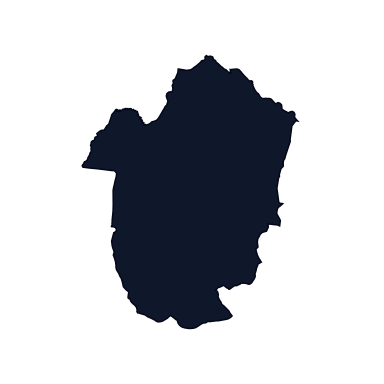 outline of Nsawam Adoagyiri, Eastern, Ghana, rotated 311°
{"feature_id": "2480657B74727980909537", "entity_name": "Nsawam Adoagyiri", "entity_type": "district", "adm_level": 2, "iso_a3": "GHA", "parent_name": "Ghana", "parent_adm1": "Eastern", "projection": "mercator", "projection_center": [-0.35, 5.828], "detail": "fine", "context": "isolated", "style": "filled", "palette": "ink", "viewbox_px": 384, "rotation_deg": 311, "n_neighbors": 0, "source": "geoboundaries", "source_scale": "gbopen_adm2", "svg_char_len": 6000}
<svg xmlns="http://www.w3.org/2000/svg" viewBox="0 0 384 384"><g transform="rotate(311 192 192)"><path d="M193.7,277.9L197.2,274.0L199.5,272.6L200.3,272.2L202.9,271.8L203.6,271.6L204.4,271.2L207.6,271.5L211.3,273.9L215.5,272.6L216.8,271.3L217.6,270.3L218.9,271.9L221.2,275.3L223.3,278.2L223.9,280.4L228.4,277.4L229.2,275.6L230.8,271.2L231.1,270.6L231.7,269.7L232.5,269.2L234.8,267.8L235.6,267.5L236.5,267.3L237.6,267.3L238.7,267.6L240.6,267.9L242.7,268.1L242.4,267.5L241.5,266.3L241.2,265.7L241.1,264.8L241.3,264.1L250.5,253.6L259.2,248.2L261.3,247.7L261.6,247.4L261.9,246.7L268.0,243.8L271.3,244.0L274.3,241.3L276.1,240.3L278.0,240.1L280.8,238.7L294.5,233.0L296.1,231.5L307.4,224.0L313.6,223.6L314.2,224.1L314.9,225.2L315.1,223.1L315.7,220.2L317.4,219.2L318.3,218.4L318.9,217.0L318.8,215.2L318.4,214.7L317.5,213.9L316.7,213.4L315.9,213.1L314.9,212.9L314.4,210.3L313.7,207.7L313.7,205.2L315.1,204.0L316.5,202.4L316.7,200.1L315.9,198.3L313.5,197.4L313.4,195.8L314.0,191.4L313.9,190.2L313.2,188.9L311.2,186.6L311.0,186.1L310.3,185.5L309.5,184.8L308.9,184.0L308.5,183.0L308.5,182.1L308.5,181.2L308.7,180.5L309.7,177.7L309.5,176.1L309.8,174.2L310.4,172.2L312.3,168.0L313.2,167.4L313.3,166.5L313.8,165.9L314.4,165.9L315.0,165.1L315.0,164.3L314.9,163.8L314.3,163.3L313.5,163.1L313.4,161.4L313.8,158.7L314.0,155.3L314.3,153.3L314.4,151.9L314.8,150.8L314.8,150.3L314.7,149.6L315.0,148.7L315.1,147.2L314.7,146.1L314.2,145.1L310.6,141.6L309.8,141.2L309.5,140.5L307.1,143.3L306.6,143.2L306.6,141.3L306.3,141.0L306.5,137.3L305.9,136.0L306.0,133.0L305.8,131.8L306.0,127.2L305.9,124.8L306.5,123.8L306.5,122.7L306.1,121.9L306.2,121.2L307.4,119.2L307.3,118.3L306.8,117.4L306.5,116.6L304.9,115.5L304.5,114.6L304.3,113.3L302.5,113.2L301.2,114.5L300.1,115.0L299.1,114.6L298.1,113.6L297.3,113.2L295.4,113.3L290.5,112.6L286.9,111.7L285.9,111.6L283.6,111.0L282.6,110.2L280.2,108.1L278.5,105.2L275.8,100.9L272.7,103.1L270.8,103.7L269.9,103.9L269.2,104.2L266.8,105.0L266.2,105.1L263.9,104.5L263.1,105.0L262.4,106.1L261.9,106.6L260.6,106.9L259.3,107.3L257.8,109.5L256.4,110.5L255.0,111.0L254.1,111.2L253.6,110.2L252.2,108.9L249.9,108.5L247.6,109.6L246.3,111.5L244.9,114.2L241.3,115.8L240.8,115.9L238.8,115.7L237.3,116.2L234.8,116.6L227.1,118.1L225.0,118.3L223.6,118.3L222.7,118.1L220.9,117.3L218.6,115.7L216.1,115.4L215.2,115.1L212.3,113.6L212.5,113.1L212.4,112.5L211.7,112.3L211.3,111.9L211.2,111.4L211.3,111.2L211.5,111.2L211.9,110.9L212.0,110.4L212.6,110.3L212.6,109.9L212.2,109.6L211.6,109.7L211.5,109.4L211.6,109.0L213.0,108.0L212.8,107.6L212.8,107.2L213.4,107.1L213.5,106.7L213.3,106.5L213.1,106.5L212.9,106.2L213.1,105.9L213.1,105.0L213.4,104.6L213.9,104.7L214.3,105.0L214.6,105.1L214.7,104.1L214.1,103.7L214.4,101.9L214.1,101.3L214.2,100.7L214.4,100.6L215.3,100.7L215.5,100.3L215.2,99.6L215.5,99.4L216.1,99.1L216.8,97.9L215.9,97.0L215.6,96.5L215.6,96.1L215.9,96.3L216.4,96.3L216.4,96.0L215.9,95.3L215.7,94.6L215.8,93.6L215.2,93.5L214.6,92.6L214.6,91.9L214.9,91.5L214.5,90.7L213.0,89.6L213.0,89.1L212.7,88.9L212.1,89.3L211.8,89.3L211.7,89.0L212.1,88.1L211.5,88.0L211.2,88.1L210.9,88.0L210.9,87.7L211.4,87.3L211.3,86.9L210.9,86.7L209.8,86.6L209.4,85.6L209.1,85.5L208.5,85.6L207.3,85.2L207.0,84.8L206.8,84.2L206.4,83.7L206.2,83.8L205.6,84.7L205.2,84.4L205.1,82.9L204.3,82.9L203.8,82.6L203.7,82.2L203.8,81.9L205.2,81.7L205.0,81.1L204.4,80.6L203.8,81.0L203.5,80.5L202.1,80.7L197.7,80.8L195.4,81.9L188.6,84.7L186.0,84.3L181.1,85.1L178.9,83.1L177.2,82.5L173.7,81.9L172.5,83.8L171.8,84.0L171.1,83.8L170.5,83.3L169.7,83.0L168.4,83.5L167.7,84.4L167.3,84.5L166.0,83.7L165.0,83.3L163.9,83.2L163.2,83.4L161.9,84.5L160.8,84.7L160.6,85.0L159.8,86.6L159.4,86.9L158.8,87.1L158.3,87.5L157.6,88.3L156.4,89.3L155.8,89.5L155.1,89.4L154.5,89.5L153.1,90.3L149.6,91.0L149.1,91.3L148.2,91.7L147.3,91.9L145.7,91.8L145.2,91.6L144.6,91.2L143.7,91.1L142.4,91.7L140.3,91.7L139.8,92.0L139.6,92.2L139.2,93.4L142.7,98.7L147.6,105.5L155.6,117.4L157.2,119.4L156.8,122.8L153.8,124.8L150.8,126.3L150.5,126.4L145.6,129.1L144.5,129.6L141.6,131.3L130.5,141.1L125.6,145.1L117.6,150.8L117.5,151.2L117.0,151.6L116.4,151.8L115.7,152.3L115.3,152.9L114.8,153.3L113.4,153.6L113.1,153.9L113.1,154.1L113.3,154.5L114.0,155.1L114.3,155.7L114.6,156.4L114.9,157.6L114.7,158.3L114.3,159.4L113.6,160.0L112.9,160.2L112.3,160.3L111.3,160.2L110.3,159.9L110.0,159.7L102.3,163.5L99.2,166.9L97.8,168.9L95.9,172.4L94.3,173.4L92.9,173.9L92.8,174.0L91.3,176.8L89.1,180.2L86.4,183.2L85.6,183.7L84.1,185.6L83.7,186.4L82.5,190.2L81.1,193.0L80.4,195.4L77.7,199.5L75.5,202.4L75.0,206.3L75.1,209.8L71.0,212.5L70.4,213.0L70.1,213.5L70.1,214.3L70.4,214.8L70.6,215.2L69.9,216.7L69.6,217.1L69.0,219.0L69.2,220.0L68.9,221.0L69.1,222.5L68.6,225.7L67.9,226.6L67.4,227.5L66.8,228.2L65.6,228.9L65.1,230.4L65.9,231.1L66.1,232.0L68.5,237.3L68.8,240.5L69.9,243.8L70.9,247.8L71.1,249.7L71.6,251.4L73.0,252.9L73.8,253.5L75.4,254.5L80.6,256.2L84.4,256.5L84.8,257.7L85.0,258.6L85.2,263.6L85.3,264.2L85.7,264.8L85.1,265.7L84.6,266.3L84.1,267.2L83.7,268.2L83.3,270.4L83.4,272.1L83.5,272.7L84.5,275.3L86.9,279.1L88.0,280.4L90.1,282.4L91.9,283.6L93.9,284.3L98.8,285.7L99.8,286.1L100.7,286.7L102.7,288.4L104.8,288.7L105.1,289.3L105.5,290.1L110.5,294.6L112.5,296.7L118.7,301.6L119.9,302.4L121.7,303.1L123.4,303.5L124.8,303.5L125.5,299.9L126.3,298.0L126.4,297.4L126.9,290.9L126.7,288.3L128.0,285.7L128.7,283.0L130.2,280.2L130.7,279.8L131.6,279.4L132.7,278.0L133.5,276.5L133.6,276.0L133.3,275.1L133.3,274.3L137.4,274.4L137.9,275.1L142.4,277.2L142.5,277.7L142.4,279.6L142.5,280.6L142.6,281.5L143.2,282.9L142.8,283.6L143.3,284.1L148.5,285.3L149.2,285.6L150.3,286.8L151.2,287.4L152.9,288.1L153.6,288.6L154.2,288.8L155.2,288.7L158.1,292.0L159.7,295.5L160.7,296.1L161.5,296.4L162.3,296.5L163.3,296.5L165.5,296.1L166.8,296.0L168.8,295.5L169.5,295.2L170.2,294.7L171.4,293.4L171.9,293.0L173.6,292.4L177.2,290.5L179.1,289.9L180.9,289.1L184.6,290.3L184.8,289.3L185.2,288.3L185.8,286.0L186.7,283.8L187.4,282.5L189.6,279.1L190.1,278.5L191.1,277.7L193.7,277.9Z" fill="#0f172a" stroke="#020617" stroke-width="1.5"/></g></svg>